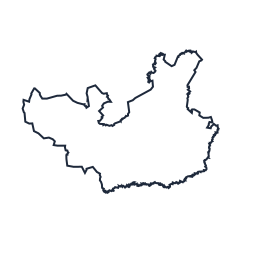 Gramzdas pag., Priekules, Latvia, rotated 339°
{"feature_id": "27541924B36591248558487", "entity_name": "Gramzdas pag.", "entity_type": "district", "adm_level": 2, "iso_a3": "LVA", "parent_name": "Latvia", "parent_adm1": "Priekules", "projection": "mercator", "projection_center": [21.675, 56.36], "detail": "fine", "context": "isolated", "style": "outline", "palette": "slate", "viewbox_px": 256, "rotation_deg": 339, "n_neighbors": 0, "source": "geoboundaries", "source_scale": "gbopen_adm2", "svg_char_len": 5885}
<svg xmlns="http://www.w3.org/2000/svg" viewBox="0 0 256 256"><g transform="rotate(339 128 128)"><path d="M52.5,117.3L55.8,119.2L63.0,122.0L62.2,123.4L61.8,126.5L63.3,127.3L63.2,128.8L63.5,129.6L62.2,130.3L61.9,131.2L61.0,130.9L60.6,131.5L59.4,134.9L57.8,141.4L63.4,144.8L71.0,147.6L71.7,154.5L74.3,152.2L74.7,151.2L81.2,151.7L83.2,157.9L85.5,160.6L84.8,161.7L84.9,163.9L84.0,164.7L83.0,166.8L83.5,168.7L83.4,171.4L82.4,174.6L83.6,176.0L82.6,177.0L82.7,178.2L83.7,178.0L84.6,178.6L84.6,179.9L83.8,180.0L84.1,180.4L84.9,180.3L85.4,180.9L86.0,180.4L86.1,181.0L86.9,180.9L87.1,180.5L86.7,180.0L88.3,179.5L89.1,180.4L89.9,180.4L90.1,181.0L91.0,180.9L92.0,181.5L92.2,181.3L92.0,180.7L91.2,180.4L92.3,179.2L94.1,179.2L94.8,178.6L97.3,180.3L98.0,179.5L98.9,179.4L98.9,179.0L99.3,179.5L100.0,179.4L100.1,179.9L101.0,179.9L101.4,180.6L101.8,179.8L102.1,180.5L103.0,180.4L103.8,182.3L104.1,182.0L103.9,181.6L104.8,182.2L106.1,181.2L106.1,181.8L106.7,181.6L106.4,182.0L107.7,183.5L108.5,183.2L108.8,182.3L109.2,182.7L109.0,182.1L109.4,181.5L110.0,181.9L110.6,181.4L110.9,181.9L111.8,181.4L112.1,181.6L111.7,181.8L112.0,182.4L112.8,182.4L113.3,181.8L113.0,180.7L114.3,180.7L114.6,180.9L113.8,181.2L114.0,182.0L113.8,183.2L116.1,183.2L115.9,183.6L116.6,184.0L116.3,184.4L117.3,185.1L116.4,185.6L116.8,185.9L118.3,186.0L118.9,185.5L119.6,186.3L120.3,186.3L120.7,186.0L120.7,184.8L121.6,185.5L121.5,184.9L122.5,184.9L123.1,185.6L124.0,185.7L123.9,186.2L124.5,186.6L124.1,186.8L124.7,187.4L126.6,187.8L127.0,188.7L126.9,189.3L127.4,189.8L129.3,189.2L128.7,188.4L129.4,187.8L131.9,189.1L132.2,188.9L131.9,188.4L133.7,188.1L133.9,189.0L134.6,189.6L136.4,190.3L136.5,191.1L138.2,191.1L138.4,191.4L137.2,192.5L138.1,193.0L139.7,192.9L140.2,193.9L139.8,194.3L140.0,195.4L141.0,194.8L141.0,196.1L141.6,195.9L142.4,197.3L143.8,197.2L144.4,198.6L146.2,197.9L146.3,197.5L145.8,197.1L146.6,196.6L146.5,195.9L148.7,195.7L149.6,196.5L150.4,195.7L150.1,195.3L150.3,194.9L151.7,196.2L152.6,196.5L153.7,195.9L154.8,198.0L155.3,197.9L154.9,196.8L156.3,197.7L157.9,197.4L157.4,196.3L157.6,196.0L159.7,198.3L160.4,197.8L161.3,197.9L161.7,197.2L162.6,197.5L162.2,196.3L162.9,195.8L164.1,196.1L164.5,195.6L164.0,195.2L164.3,194.9L166.5,194.6L169.2,195.2L168.7,195.6L169.8,196.2L169.7,195.6L170.6,195.9L171.0,195.3L171.5,196.0L172.2,195.9L171.9,195.3L172.1,194.8L174.0,195.3L174.2,194.2L176.7,195.7L177.1,195.4L176.7,194.5L177.7,194.0L179.5,194.4L180.1,195.2L180.5,194.8L183.6,195.6L184.0,195.3L184.0,194.6L185.4,195.3L186.6,194.5L187.0,192.8L186.2,191.7L187.3,190.9L187.0,189.2L187.0,188.8L187.3,188.4L186.9,187.6L187.2,186.5L187.8,186.2L187.5,185.8L188.1,185.4L189.9,185.5L191.8,184.2L192.5,184.6L192.3,183.9L193.3,183.3L194.0,180.4L194.4,180.2L194.2,179.3L195.4,179.0L195.6,178.3L196.4,177.7L196.5,176.5L196.9,176.2L196.5,175.5L197.2,174.2L198.3,173.9L198.2,171.9L198.7,172.1L199.0,171.3L199.6,171.8L200.9,170.8L202.1,170.7L201.9,170.0L202.1,169.2L203.1,168.8L203.3,167.4L204.6,167.0L204.5,166.6L205.1,166.5L205.3,165.9L206.6,166.0L207.1,165.5L206.8,165.2L207.2,165.2L207.4,164.5L208.5,164.5L208.4,163.5L210.0,164.2L210.7,162.1L211.2,162.0L211.0,161.7L211.5,161.1L212.3,161.0L212.0,159.6L212.6,157.6L211.1,157.5L209.7,155.1L206.3,156.4L205.1,157.9L202.0,156.0L204.6,154.1L204.7,153.3L206.2,151.6L208.8,153.1L209.2,151.0L209.3,147.4L206.7,147.2L201.9,145.5L199.1,141.8L200.5,139.2L196.7,134.5L194.5,133.6L193.7,134.0L193.7,135.6L193.0,136.8L190.5,131.8L191.3,131.0L190.6,129.8L190.6,129.1L193.9,123.1L194.1,121.5L195.5,120.5L195.5,119.3L196.3,118.1L195.7,117.5L196.6,117.1L197.0,118.2L197.8,117.9L198.0,116.6L199.1,116.1L197.6,113.7L199.2,113.0L199.7,111.3L198.4,111.0L198.8,109.4L211.1,99.9L210.6,97.8L213.5,96.4L218.4,91.3L220.8,91.2L221.6,90.7L219.2,84.6L218.6,82.5L218.9,81.1L218.2,81.3L216.3,80.0L215.3,80.3L215.7,79.7L214.4,79.1L214.5,80.1L214.1,80.2L213.7,79.5L213.9,78.5L212.7,78.6L212.5,78.0L212.8,77.7L212.0,77.5L210.4,77.7L210.5,77.4L210.0,77.3L209.9,76.7L207.7,78.0L206.1,77.5L206.2,78.0L205.4,77.4L204.7,78.1L203.8,77.5L202.8,77.9L202.7,78.5L200.8,78.8L200.5,79.8L199.8,79.6L194.1,85.7L190.9,85.9L186.8,80.0L186.5,79.5L186.7,78.9L185.8,76.9L188.6,72.8L187.8,72.5L187.0,71.1L186.4,71.3L186.1,72.0L185.4,71.7L185.2,70.7L186.0,70.4L185.5,69.7L183.5,70.4L183.4,71.0L184.0,71.9L183.3,72.3L180.6,70.7L180.3,71.3L178.7,71.7L177.9,72.5L178.5,73.2L178.4,73.8L177.2,75.1L177.2,76.9L176.4,76.5L176.0,76.9L176.5,77.6L176.2,78.2L174.5,77.5L173.9,77.9L173.9,78.8L173.4,79.8L175.0,81.3L173.5,82.0L173.6,83.0L174.2,84.3L173.7,85.0L171.6,85.8L170.1,84.9L169.8,84.0L169.1,84.7L169.1,84.2L168.6,84.0L168.2,84.6L167.7,83.8L165.3,84.9L165.3,85.9L165.8,86.8L166.8,86.7L166.4,88.1L166.0,88.5L164.4,88.2L164.6,89.8L165.7,89.4L165.8,91.0L165.3,91.8L163.8,91.6L163.4,92.3L164.0,93.1L165.3,92.3L167.8,92.6L166.1,98.4L162.9,100.3L145.6,102.6L142.4,103.8L137.2,103.8L134.8,113.7L133.0,114.9L132.5,116.4L130.5,116.5L130.3,116.1L128.4,117.3L125.8,117.2L125.5,117.4L125.7,117.9L124.1,118.3L123.7,119.1L123.5,118.6L123.0,119.1L117.5,119.0L116.5,119.3L116.2,120.2L114.2,120.5L113.8,119.5L111.4,119.3L109.2,117.3L108.2,117.6L107.4,116.1L106.0,116.4L106.2,115.4L103.3,114.1L102.6,112.9L102.8,110.8L104.4,111.2L107.7,109.3L107.3,108.3L109.3,107.4L107.1,101.8L112.0,99.9L111.8,98.1L114.2,96.4L118.6,96.2L121.4,97.4L120.8,94.5L120.1,93.7L120.2,92.1L119.6,91.4L120.9,90.6L120.4,89.5L120.7,87.9L117.6,87.3L116.3,86.1L112.8,76.5L104.7,76.3L101.8,80.8L101.4,84.8L100.1,87.6L100.7,87.4L99.4,93.5L96.5,94.2L96.6,92.7L96.2,92.8L95.5,91.3L96.0,90.2L94.6,89.8L89.8,86.4L86.5,82.9L82.8,74.0L81.9,74.6L77.0,73.8L73.5,72.5L62.9,71.5L58.5,69.8L57.8,66.5L57.7,65.1L58.2,63.7L55.2,57.6L54.6,57.4L50.0,61.2L49.9,62.1L46.4,65.7L45.1,68.0L40.6,64.3L39.7,66.1L39.4,69.0L36.6,72.1L36.4,76.0L36.8,76.9L34.4,85.3L37.4,88.5L40.3,89.4L39.1,97.2L42.5,100.9L45.7,107.5L50.7,108.6L53.7,111.5L54.9,114.2L52.5,117.3Z" fill="none" stroke="#1e293b" stroke-width="2"/></g></svg>